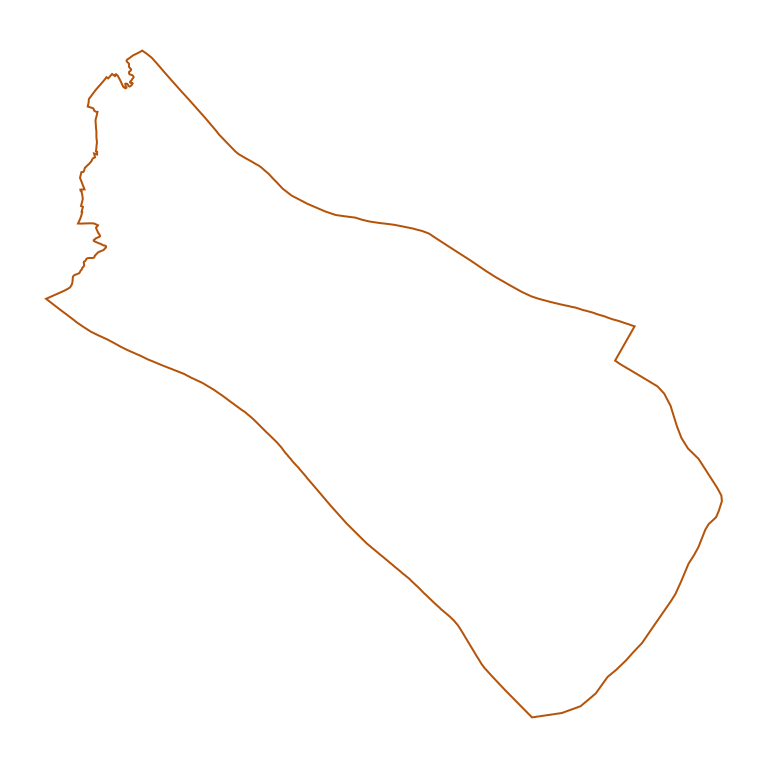 outline of Thanh Phu, Bến Tre, Vietnam
{"feature_id": "81297802B66468397901634", "entity_name": "Thanh Phu", "entity_type": "district", "adm_level": 2, "iso_a3": "VNM", "parent_name": "Vietnam", "parent_adm1": "Bến Tre", "projection": "mercator", "projection_center": [106.488, 9.931], "detail": "fine", "context": "isolated", "style": "outline", "palette": "amber", "viewbox_px": 768, "rotation_deg": 0, "n_neighbors": 0, "source": "geoboundaries", "source_scale": "gbopen_adm2", "svg_char_len": 5851}
<svg xmlns="http://www.w3.org/2000/svg" viewBox="0 0 768 768"><path d="M246.1,158.5L238.9,154.3L235.3,151.4L226.8,142.6L218.8,134.3L216.8,131.6L205.0,117.7L188.9,99.6L182.2,92.3L171.5,80.3L162.8,70.4L158.0,64.7L155.1,61.5L151.9,57.9L147.1,54.0L142.2,50.6L139.5,52.2L132.9,55.5L128.6,58.7L127.5,59.3L126.9,59.9L126.6,60.5L126.6,61.0L126.8,61.5L127.4,62.2L128.4,63.0L128.8,63.5L129.0,64.0L128.9,65.0L128.9,66.2L129.1,66.7L129.3,67.4L130.9,69.1L131.1,69.4L131.1,69.8L130.8,70.3L130.4,70.9L129.7,71.4L129.1,71.9L129.1,72.3L129.0,72.9L129.1,73.5L129.5,74.2L130.1,74.5L131.6,74.9L132.3,75.2L133.0,75.8L133.3,76.3L133.5,76.8L133.6,77.4L133.4,77.7L132.9,78.3L132.5,78.7L132.1,79.4L131.2,80.7L130.2,81.6L130.0,82.1L130.1,82.5L130.5,82.8L132.3,83.0L132.6,83.4L132.5,83.7L131.7,84.9L130.5,86.1L129.8,86.5L129.4,86.5L128.8,86.2L128.3,85.6L127.9,84.7L127.3,83.9L126.6,83.7L125.7,83.6L125.3,83.8L125.2,84.0L125.3,84.3L125.5,84.8L125.6,85.6L125.5,85.9L125.5,86.3L125.6,86.8L126.1,87.0L126.5,87.3L126.5,87.5L126.3,87.9L125.9,88.2L125.6,88.3L124.3,87.6L123.8,87.3L123.5,87.1L123.2,86.7L120.4,80.7L117.7,75.6L117.2,75.3L116.0,74.2L115.4,74.6L115.8,75.3L115.0,76.1L112.1,74.0L108.2,78.4L106.4,77.2L105.4,78.7L102.4,82.3L95.9,89.7L89.0,98.8L88.7,100.4L88.7,102.1L87.7,106.5L93.1,108.3L93.4,108.7L93.7,109.1L94.0,110.3L94.5,110.9L95.3,111.4L95.9,111.7L96.6,111.8L97.5,111.9L96.9,114.5L96.7,115.7L96.1,117.7L95.7,119.2L95.5,121.1L95.7,123.0L96.0,128.1L96.4,131.3L96.4,132.7L96.4,136.8L96.6,139.3L96.9,141.0L96.9,142.9L96.6,145.3L96.0,151.4L97.1,151.8L97.1,154.5L94.1,153.5L95.0,157.3L93.9,157.9L92.8,158.5L92.5,158.9L92.1,159.7L91.6,160.9L90.2,162.6L88.9,164.1L88.2,164.6L86.4,166.4L85.3,167.4L84.9,167.8L84.0,170.9L83.4,171.8L83.1,172.0L81.4,172.1L80.7,175.0L80.0,177.8L84.5,189.4L80.4,189.6L80.6,190.8L81.7,191.6L81.6,192.2L82.3,195.1L82.5,196.6L82.7,198.2L82.7,199.3L82.1,201.9L81.0,206.0L82.9,206.8L82.6,208.1L81.6,211.8L82.2,212.0L81.5,214.9L80.5,218.0L79.8,219.7L78.0,223.5L80.7,223.6L89.8,223.3L93.9,223.4L98.0,225.3L97.2,226.3L96.1,227.5L96.0,227.9L96.8,229.8L97.3,230.7L98.0,232.6L98.3,233.0L98.5,233.1L100.1,235.8L100.0,236.3L99.4,236.8L98.2,237.3L95.9,238.3L94.9,239.2L94.1,239.8L93.7,240.2L93.7,240.7L93.9,241.0L96.1,242.1L99.2,243.4L101.2,244.1L102.3,244.8L103.5,245.4L104.4,245.5L104.7,245.5L105.3,245.7L105.9,246.1L106.0,246.4L106.0,247.3L105.9,247.6L105.1,248.2L104.7,248.6L104.4,249.3L104.0,249.5L103.7,249.9L103.0,250.3L102.1,250.6L101.4,250.9L100.9,251.1L100.1,251.5L99.5,251.7L98.8,251.9L98.3,252.3L97.3,253.2L95.4,255.1L94.9,255.6L94.7,256.1L94.6,256.6L94.3,257.3L94.1,257.4L93.8,257.7L93.4,257.8L93.0,257.8L92.3,258.1L90.4,257.9L87.8,258.1L87.3,258.4L86.4,258.9L86.1,259.5L85.9,260.0L85.6,260.5L85.3,260.9L84.8,261.3L84.0,261.7L83.8,262.3L83.9,263.6L84.2,265.2L83.9,266.1L83.4,266.8L82.7,267.3L82.1,268.5L81.6,269.7L80.8,270.3L80.5,270.8L80.3,271.4L79.7,272.4L79.4,272.9L79.2,273.2L77.7,273.8L76.3,274.4L75.1,274.8L74.2,275.3L73.8,275.5L73.4,276.0L72.9,277.0L72.7,278.9L72.6,280.7L72.3,282.8L71.8,284.5L70.7,286.4L70.0,287.4L68.2,288.6L64.3,290.7L60.7,292.3L46.1,298.8L54.2,305.1L61.2,310.5L66.9,314.7L68.4,315.9L74.1,320.2L76.4,322.1L84.0,327.3L90.9,331.7L98.2,335.3L105.7,338.7L107.8,339.7L115.3,343.7L121.2,347.0L127.1,349.9L133.4,352.7L141.8,356.4L147.8,359.4L154.8,362.2L161.1,364.9L184.0,373.9L191.0,377.6L202.4,382.9L214.1,389.9L215.8,391.1L218.9,393.3L221.9,395.3L224.5,397.2L230.1,401.4L230.9,402.0L233.2,403.6L235.4,405.3L238.3,407.4L241.7,409.9L245.1,412.1L247.8,414.5L251.0,417.1L253.2,419.1L256.3,422.1L265.8,431.6L269.8,435.4L273.4,438.9L277.3,442.8L280.9,446.9L282.1,448.4L285.3,452.8L287.2,454.8L288.1,456.0L289.1,457.2L290.4,458.6L291.5,460.0L292.4,461.1L293.4,462.3L294.4,463.4L296.0,465.1L298.6,467.8L299.9,469.5L300.8,470.5L302.7,472.7L303.9,474.1L304.9,475.3L306.3,476.9L307.1,478.1L308.5,479.7L309.4,480.7L331.1,506.2L346.9,523.8L366.6,543.3L372.8,548.5L374.2,549.6L376.6,551.6L380.7,555.1L383.4,557.2L384.4,558.1L386.1,559.5L387.3,560.5L389.0,561.9L390.1,562.9L391.8,564.2L392.9,565.2L394.3,566.4L395.5,567.4L397.0,568.6L400.6,571.6L401.6,572.5L402.7,573.5L403.7,574.2L405.2,575.4L406.2,576.3L408.8,578.3L412.1,581.6L414.4,583.7L415.6,584.9L417.0,586.1L421.6,590.7L422.7,591.9L423.6,592.8L426.0,595.0L427.2,596.1L429.7,598.6L431.0,599.7L432.1,600.9L433.3,602.0L436.0,604.5L437.3,605.7L439.7,607.8L440.9,609.1L449.6,616.4L453.0,619.7L454.0,620.6L455.6,622.6L457.6,624.9L459.3,627.4L462.3,632.2L467.1,640.2L477.1,656.8L478.9,659.6L481.4,663.8L483.0,665.9L484.4,667.9L486.3,669.9L489.5,673.5L493.2,677.5L504.5,689.5L532.0,717.4L561.8,713.0L580.6,706.2L595.7,693.5L607.6,676.9L616.0,670.0L626.2,660.2L632.6,653.0L642.2,642.8L651.2,629.6L670.9,601.2L675.4,594.0L680.8,582.2L688.5,563.8L693.9,555.3L698.4,547.2L705.3,529.7L708.8,523.9L712.5,520.6L716.1,517.2L718.8,510.9L721.9,501.1L721.4,495.6L717.3,488.0L698.6,458.9L688.0,448.5L681.5,438.1L677.0,426.5L671.2,407.9L670.7,406.1L664.2,393.6L657.5,386.4L642.4,377.3L620.3,364.2L615.1,360.6L634.6,326.3L632.6,325.7L628.4,324.2L624.3,322.9L620.1,321.4L616.3,320.3L614.5,319.8L611.9,319.1L610.0,318.4L607.7,317.6L606.1,317.0L604.7,316.4L603.0,315.9L599.4,314.9L597.6,314.3L595.7,313.7L594.3,313.1L593.0,312.7L591.1,312.1L589.4,311.7L587.4,311.1L585.8,310.7L583.6,310.2L581.9,309.7L580.5,309.2L578.7,308.6L575.6,307.6L571.8,306.9L567.9,305.9L566.1,305.6L559.8,304.2L550.3,301.9L539.0,298.9L531.2,296.3L522.0,292.0L509.9,285.3L502.1,280.8L496.1,277.4L486.0,271.0L470.7,260.6L455.7,251.0L436.4,238.5L429.2,233.7L425.7,232.3L421.9,230.9L418.2,230.0L412.7,228.5L402.9,226.5L394.2,224.8L387.3,223.9L379.6,223.0L370.0,221.6L362.2,219.8L355.3,217.6L351.0,217.1L344.1,216.2L335.7,215.0L325.3,211.5L307.2,203.7L291.6,195.6L282.6,188.6L275.2,180.7L274.1,179.7L268.7,173.9L265.1,170.8L261.7,167.8L259.2,165.9L255.6,163.9L252.1,161.8L246.1,158.5Z" fill="none" stroke="#b45309" stroke-width="2"/></svg>